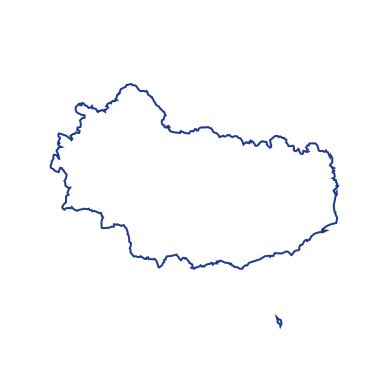 the district of Annobon, Annobón, Equatorial Guinea, rotated 112°
{"feature_id": "11065452B47830871634702", "entity_name": "Annobon", "entity_type": "district", "adm_level": 2, "iso_a3": "GNQ", "parent_name": "Equatorial Guinea", "parent_adm1": "Annobón", "projection": "albers", "projection_center": [5.634, -1.431], "detail": "fine", "context": "isolated", "style": "outline", "palette": "blue", "viewbox_px": 384, "rotation_deg": 112, "n_neighbors": 0, "source": "geoboundaries", "source_scale": "gbopen_adm2", "svg_char_len": 6068}
<svg xmlns="http://www.w3.org/2000/svg" viewBox="0 0 384 384"><g transform="rotate(112 192 192)"><path d="M117.3,292.9L119.4,292.9L120.5,294.1L123.5,296.6L126.0,296.4L127.6,296.8L127.6,296.1L129.1,296.7L129.9,297.7L134.2,297.2L134.8,296.3L135.0,297.7L136.4,297.3L137.0,298.2L137.3,299.6L138.9,300.5L140.0,300.3L139.9,301.4L141.7,303.1L144.4,303.6L144.1,302.7L145.3,301.4L148.2,302.9L148.4,303.8L150.2,302.8L149.6,306.0L151.3,307.5L151.6,309.0L153.0,309.0L153.0,309.9L150.9,312.3L151.7,315.8L150.3,316.3L149.7,316.9L151.0,317.2L152.2,318.3L152.8,319.4L151.5,321.7L151.8,323.6L150.5,325.4L151.1,326.4L150.6,327.0L151.5,327.6L153.0,326.9L153.4,328.2L152.1,328.9L152.6,329.9L154.5,330.5L156.9,331.6L158.9,330.9L161.0,329.2L161.6,327.1L161.6,325.2L161.9,323.9L161.1,320.4L161.7,320.1L163.4,319.4L164.3,321.2L167.5,322.6L171.3,320.2L173.6,319.8L175.3,322.3L177.5,321.7L177.3,319.2L178.2,318.8L179.5,318.7L180.3,322.0L181.9,322.4L182.7,323.9L185.3,325.7L187.7,322.8L189.1,323.3L187.8,326.4L187.0,329.8L187.2,334.7L187.6,337.3L189.1,337.3L190.4,336.7L191.3,334.6L195.5,334.7L196.3,333.4L197.2,334.5L198.0,334.1L199.2,331.3L199.2,329.9L200.9,332.4L202.0,332.4L204.0,333.1L205.3,332.5L206.4,330.9L211.6,326.9L208.7,331.3L208.7,332.5L209.2,334.0L211.6,333.8L213.0,332.9L216.4,333.5L218.6,332.9L220.8,333.0L222.5,331.8L222.7,328.9L223.5,328.0L223.8,326.1L223.5,323.1L219.0,323.4L218.6,321.5L219.8,320.6L219.8,319.3L220.5,318.8L222.9,314.7L226.6,314.0L229.5,314.5L230.4,313.3L233.6,311.7L234.5,307.9L233.8,306.7L236.8,307.3L239.6,307.1L240.8,305.4L243.0,307.2L248.6,305.0L252.1,306.5L254.9,306.6L255.8,305.3L256.2,303.6L254.6,303.0L253.1,300.7L252.6,298.4L250.9,297.9L252.1,295.7L252.6,291.8L250.7,289.7L247.8,285.5L247.0,282.2L246.1,281.4L247.0,280.0L246.4,278.3L247.3,277.2L246.1,275.3L246.2,269.4L245.5,268.5L246.7,267.7L247.7,266.4L248.6,266.1L248.8,264.9L251.3,265.1L253.6,264.7L257.0,263.3L258.9,262.3L258.9,261.1L256.2,255.5L254.1,253.4L253.5,251.5L251.1,252.2L250.7,250.0L249.9,249.3L250.1,248.1L249.7,247.0L249.9,244.9L248.2,243.0L250.0,240.4L250.0,239.5L253.7,236.3L255.3,236.0L255.8,234.7L259.6,232.3L261.6,231.6L262.2,229.4L265.1,228.6L267.7,228.5L268.7,227.4L271.2,226.2L273.6,221.8L272.6,220.0L272.6,217.9L271.8,216.1L270.7,215.6L271.8,210.8L271.3,209.3L270.3,209.7L269.0,208.3L270.4,207.0L268.9,202.7L268.0,201.7L268.8,200.3L268.9,199.4L274.4,194.7L274.0,193.9L270.7,192.2L269.2,192.4L267.3,191.5L265.5,192.4L264.4,191.1L262.7,191.6L262.1,191.2L261.3,191.4L258.5,186.5L255.9,183.0L257.4,180.1L258.5,179.0L259.4,176.6L256.9,176.0L256.0,174.9L256.5,173.9L255.5,173.0L257.6,168.9L258.6,168.1L259.1,164.6L260.9,163.6L262.5,164.2L262.3,161.2L261.0,160.9L260.5,159.8L258.1,157.2L256.7,156.5L257.5,155.0L256.4,153.8L256.7,152.9L254.9,152.1L253.6,151.1L251.6,148.1L250.4,147.7L250.3,146.5L251.6,145.6L249.4,144.1L248.8,141.9L247.1,142.9L246.8,140.9L245.9,141.1L244.9,139.7L245.1,134.8L244.0,131.0L244.8,130.1L243.8,128.8L245.2,127.3L244.9,126.0L245.6,124.5L244.7,121.5L245.3,119.2L244.2,116.4L242.8,116.6L240.0,115.0L239.2,113.1L237.9,113.1L236.0,112.3L229.0,103.8L224.3,100.4L222.1,96.4L222.9,95.3L221.4,94.6L220.8,92.6L217.7,92.4L215.4,85.8L211.6,82.1L211.5,80.6L212.1,78.6L213.3,76.2L212.5,75.6L209.0,75.0L207.3,73.6L205.9,71.2L204.4,71.1L203.4,71.8L200.5,71.6L199.5,70.0L195.0,69.4L193.6,68.2L194.4,66.9L194.3,66.6L192.7,66.3L192.6,65.3L190.5,64.8L188.8,64.9L184.8,62.8L181.5,58.8L180.4,55.8L177.5,53.1L178.1,55.3L180.0,56.9L177.6,57.1L173.0,54.2L170.1,51.4L166.7,46.7L161.8,47.6L158.3,51.1L157.1,51.3L156.7,52.6L151.3,55.6L144.9,56.7L142.8,57.3L139.6,56.8L138.8,57.6L137.7,58.0L140.0,58.6L137.8,61.2L132.9,59.0L131.6,58.9L132.2,60.3L129.7,60.6L129.2,61.9L127.3,62.8L127.5,63.8L126.9,64.3L127.4,65.0L126.3,65.6L126.4,66.6L125.3,65.7L124.1,65.4L121.4,67.1L121.1,68.9L119.3,68.1L119.3,69.3L118.0,69.3L117.4,70.4L116.6,69.5L116.4,72.1L115.6,74.0L114.7,73.5L114.1,74.0L112.0,73.0L108.0,74.6L105.9,77.3L108.0,77.0L106.4,78.9L104.6,80.4L104.2,81.0L104.5,81.8L103.3,83.3L105.2,84.2L104.9,84.9L105.1,86.3L106.1,88.7L106.1,90.1L104.0,91.4L101.8,93.4L100.7,95.8L103.0,101.3L104.0,101.4L104.9,101.1L105.6,102.5L107.9,102.9L109.1,101.4L109.1,100.6L110.9,100.8L111.0,99.4L112.0,100.5L111.8,102.5L112.1,104.2L113.9,103.5L115.3,103.8L115.7,105.4L114.9,106.8L112.2,109.4L115.3,110.9L115.4,112.3L115.0,113.4L113.5,113.6L113.2,114.0L111.8,114.5L111.2,115.4L111.5,116.4L112.5,117.2L113.2,119.7L111.5,121.7L110.9,123.2L108.5,123.9L108.1,124.8L108.2,125.8L107.6,126.3L107.5,127.7L108.1,128.5L107.7,129.4L107.5,131.2L108.6,132.1L108.0,133.6L108.4,134.9L109.4,136.2L114.8,139.1L116.6,137.7L118.0,137.1L119.0,135.9L120.6,135.6L121.7,136.3L120.8,138.7L119.7,140.6L118.6,140.9L117.7,141.7L118.4,143.9L118.6,146.0L121.8,148.0L123.1,147.9L124.9,149.2L125.4,150.6L124.2,151.7L122.5,154.5L122.4,156.6L123.7,156.0L123.8,157.6L125.4,157.2L125.8,159.1L125.3,160.1L126.8,161.2L128.7,162.1L125.7,164.7L124.0,167.3L124.5,168.7L123.5,171.1L124.1,173.2L126.0,175.2L125.8,177.2L125.1,178.1L125.7,179.1L125.6,180.0L127.8,181.7L128.5,182.9L128.2,184.2L130.8,187.1L129.5,188.4L128.2,191.4L128.5,193.1L128.3,195.0L126.8,196.4L125.7,198.1L126.2,199.1L125.7,201.3L127.2,203.7L127.4,205.3L128.3,206.1L128.6,207.6L129.6,208.7L131.0,209.6L132.6,209.3L133.2,210.6L132.3,211.7L132.4,212.7L135.4,213.5L135.3,214.4L136.2,216.1L139.0,216.8L140.0,221.4L139.7,222.0L140.0,223.9L139.6,225.1L141.0,225.6L141.8,225.3L143.1,230.0L143.9,234.5L143.4,235.0L143.4,235.8L142.5,236.2L142.4,237.0L141.6,238.0L140.3,237.2L139.5,238.5L140.5,239.7L142.1,240.3L142.1,241.8L140.6,242.6L140.8,244.2L139.0,246.1L136.8,246.8L135.4,245.5L132.1,245.9L130.9,245.1L128.1,248.1L128.1,248.9L126.6,252.6L125.2,254.6L124.7,257.9L122.7,260.0L122.2,261.3L120.6,262.7L120.1,263.9L118.9,264.9L119.1,265.8L118.7,266.3L118.4,268.7L117.4,269.8L116.1,270.7L115.4,272.2L116.2,272.4L116.3,274.5L117.7,277.2L117.2,279.5L114.7,283.5L114.5,285.1L115.3,287.2L114.6,288.2L115.3,289.9L117.0,292.0L117.3,292.9ZM276.4,66.5L279.0,64.5L280.7,63.9L281.8,60.8L283.3,59.8L280.2,59.7L277.3,61.9L277.6,63.7L276.4,66.5Z" fill="none" stroke="#1e3a8a" stroke-width="2"/></g></svg>